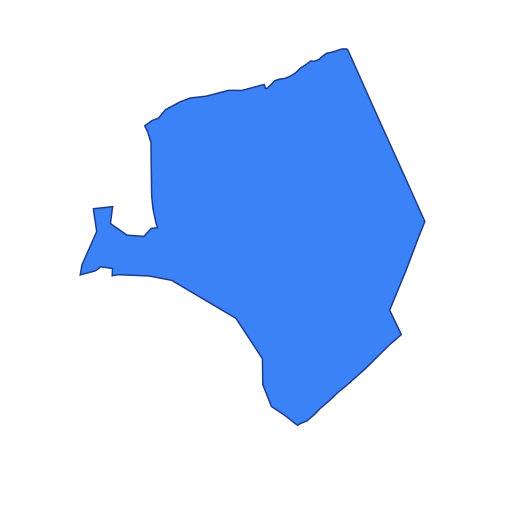 As Salam / Ar Rawat, White Nile, Sudan, rotated 246°
{"feature_id": "16777658B2941917788931", "entity_name": "As Salam / Ar Rawat", "entity_type": "district", "adm_level": 2, "iso_a3": "SDN", "parent_name": "Sudan", "parent_adm1": "White Nile", "projection": "albers", "projection_center": [32.362, 12.482], "detail": "fine", "context": "isolated", "style": "filled", "palette": "blue", "viewbox_px": 512, "rotation_deg": 246, "n_neighbors": 0, "source": "geoboundaries", "source_scale": "gbopen_adm2", "svg_char_len": 1694}
<svg xmlns="http://www.w3.org/2000/svg" viewBox="0 0 512 512"><g transform="rotate(246 256 256)"><path d="M218.9,424.3L248.0,424.2L252.4,424.2L255.5,424.2L256.4,424.2L257.2,424.2L257.5,424.2L257.8,424.2L258.0,424.2L258.4,424.2L258.6,424.2L258.9,424.2L259.1,424.2L259.4,424.2L259.7,424.2L260.0,424.2L279.9,424.1L325.4,423.8L407.2,423.7L408.3,423.0L409.9,419.5L410.4,417.0L410.8,412.3L411.7,405.9L412.5,403.4L412.1,401.0L411.5,398.3L410.9,396.1L409.9,393.7L410.3,388.0L411.9,385.5L411.9,385.0L410.7,380.3L409.7,373.5L407.2,366.5L406.3,359.8L406.5,354.3L407.9,350.1L408.5,344.4L406.7,340.0L405.4,336.2L404.8,335.3L404.8,334.0L404.8,333.6L405.1,333.3L405.3,333.1L405.5,332.9L405.7,332.7L405.9,333.1L409.4,333.2L413.0,310.5L418.5,298.3L422.3,275.4L426.1,263.3L427.1,260.3L427.7,249.1L426.5,232.9L421.6,222.9L422.0,216.0L420.2,207.3L413.1,207.5L402.2,206.2L392.5,201.9L353.8,185.3L341.4,181.2L327.5,178.2L321.8,177.5L323.9,171.6L319.5,161.6L327.5,146.7L344.8,136.2L357.3,143.8L359.4,145.2L365.3,126.7L363.9,126.2L343.1,120.4L328.6,104.4L318.8,93.5L310.2,87.7L307.8,103.5L309.3,109.8L303.0,119.8L296.4,116.6L295.0,122.5L281.4,149.9L268.2,168.9L207.1,212.4L202.0,213.2L159.5,220.1L135.8,209.9L112.2,208.9L98.5,217.6L87.0,223.6L84.3,225.3L84.9,227.6L84.7,233.4L84.6,235.4L87.5,245.1L90.3,251.8L90.5,252.1L94.0,264.2L98.0,275.0L100.8,285.5L108.8,310.8L118.7,336.9L120.5,341.5L125.1,356.8L125.6,356.8L152.1,356.1L152.3,356.2L181.7,387.1L206.8,411.9L209.2,414.4L209.5,414.6L209.7,414.8L209.8,415.0L210.4,415.6L210.6,415.8L211.5,416.7L211.7,416.9L211.9,417.1L212.3,417.5L212.7,418.0L215.6,421.0L215.9,421.2L216.1,421.4L217.7,423.1L218.9,424.3Z" fill="#3b82f6" stroke="#1e3a8a" stroke-width="1.5"/></g></svg>